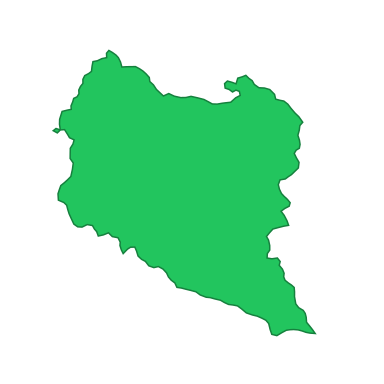 Taquaraçu de Minas, Minas Gerais, Brazil (orthographic projection), rotated 101°
{"feature_id": "56859067B12117567262809", "entity_name": "Taquaraçu de Minas", "entity_type": "district", "adm_level": 2, "iso_a3": "BRA", "parent_name": "Brazil", "parent_adm1": "Minas Gerais", "projection": "orthographic", "projection_center": [-43.685, -19.629], "detail": "fine", "context": "isolated", "style": "filled", "palette": "green", "viewbox_px": 384, "rotation_deg": 101, "n_neighbors": 0, "source": "geoboundaries", "source_scale": "gbopen_adm2", "svg_char_len": 2886}
<svg xmlns="http://www.w3.org/2000/svg" viewBox="0 0 384 384"><g transform="rotate(101 192 192)"><path d="M253.1,275.6L251.0,270.8L248.0,266.2L251.0,261.7L251.0,255.9L254.9,252.9L258.3,252.5L262.3,250.3L265.6,247.8L260.4,244.4L257.9,241.8L257.0,237.6L260.5,235.2L265.2,232.7L267.7,228.7L269.0,224.5L272.7,220.3L273.5,215.0L271.6,210.8L273.1,205.9L276.3,201.5L279.9,198.9L282.6,195.5L284.5,191.5L288.5,188.6L288.3,184.1L288.6,179.6L288.8,174.9L289.2,169.1L291.5,164.3L292.6,158.0L292.2,154.0L292.6,149.1L292.8,143.4L294.3,139.1L295.4,134.7L295.1,130.1L295.1,125.6L297.3,121.0L300.3,115.6L301.2,109.1L301.4,104.3L302.5,99.4L303.8,95.0L306.5,91.6L312.2,89.0L316.5,86.5L316.8,81.3L312.7,76.7L309.7,73.0L308.5,69.6L307.6,66.0L307.1,61.5L307.4,57.3L308.0,53.3L308.0,49.5L307.4,44.1L304.1,47.5L301.5,50.5L298.0,54.7L293.2,56.0L289.6,57.7L287.0,60.2L285.2,65.2L282.0,68.8L278.6,70.1L275.2,71.4L270.4,72.3L266.2,73.5L264.3,76.7L262.8,80.3L260.9,83.8L257.8,85.8L254.2,86.1L250.5,88.5L247.3,92.4L243.4,92.2L240.5,95.6L242.3,100.8L242.5,105.7L238.1,106.3L234.2,104.6L229.7,105.5L224.6,107.7L221.5,110.4L217.5,108.3L212.9,105.5L210.2,100.0L208.0,95.3L206.3,90.8L202.2,93.2L197.3,97.1L193.9,100.9L190.4,97.7L187.4,93.9L183.8,93.6L181.0,97.0L178.6,100.9L176.4,103.9L172.6,106.7L168.3,108.7L163.3,107.9L161.4,102.9L158.5,100.3L156.0,97.7L152.4,95.2L148.1,92.2L142.5,92.6L138.5,96.1L134.6,99.0L131.0,97.7L128.6,95.0L124.7,95.0L120.7,96.4L116.1,98.9L111.0,98.5L106.2,98.8L102.4,96.6L97.8,101.4L94.8,106.0L91.0,110.8L87.5,114.7L85.2,119.2L85.2,123.2L84.9,127.6L80.4,129.6L76.6,135.2L76.1,140.7L76.9,146.2L74.5,151.4L71.2,154.2L69.6,157.8L67.2,161.4L69.3,164.6L71.5,168.8L77.4,169.4L76.7,173.7L76.3,178.4L79.4,180.7L83.7,179.3L84.3,175.0L86.1,171.3L83.6,168.3L84.2,164.7L88.0,163.1L91.2,167.1L96.5,171.1L97.9,175.6L99.1,179.3L100.9,184.0L101.7,188.9L100.4,192.9L98.9,197.9L98.5,204.4L98.3,211.2L100.4,216.0L101.5,221.1L101.3,227.7L99.8,233.6L103.2,238.4L100.7,242.4L98.1,246.5L94.2,250.3L91.6,254.5L87.7,255.8L84.9,259.5L82.7,263.1L81.0,267.1L79.7,271.4L80.6,275.7L81.5,280.0L82.7,284.7L78.0,287.0L74.2,289.9L72.1,292.7L70.3,296.6L68.9,300.6L72.1,302.4L76.4,301.4L78.2,305.8L81.2,309.9L82.9,314.1L87.5,314.1L92.8,313.7L95.4,316.0L98.2,319.5L102.2,320.6L106.2,319.8L109.6,321.6L113.5,322.6L117.1,321.7L120.5,323.0L122.7,326.0L126.3,326.3L130.6,327.2L133.9,326.3L135.4,330.0L137.7,334.9L145.9,335.8L150.8,335.0L156.2,333.1L155.1,329.0L159.1,325.2L162.1,322.6L163.3,317.7L167.6,318.0L172.3,319.8L177.5,318.9L182.4,318.0L186.2,314.1L192.8,313.7L199.9,313.9L203.8,316.5L207.5,319.3L210.7,322.0L214.5,322.6L219.3,323.2L225.5,321.6L226.8,315.7L228.9,312.5L232.7,310.7L236.8,308.5L240.9,305.6L246.1,301.8L248.0,297.5L247.4,293.2L244.0,288.7L243.9,283.3L247.0,280.7L249.1,278.0L253.1,275.6ZM156.2,333.1L155.6,337.6L158.3,339.9L159.7,335.5L156.2,333.1Z" fill="#22c55e" stroke="#15803d" stroke-width="1.5"/></g></svg>